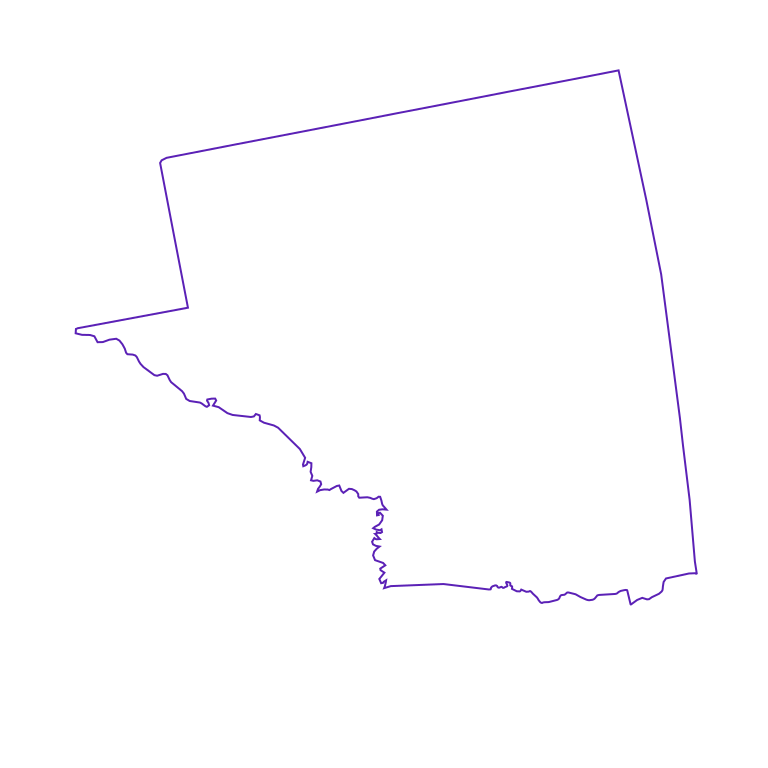 outline of Petén, rotated 349°
{"feature_id": "GTM-1944", "entity_name": "Petén", "entity_type": "Department", "adm_level": 1, "iso_a3": "GTM", "parent_name": "Guatemala", "parent_adm1": "", "projection": "mercator", "projection_center": [-90.264, 16.829], "detail": "fine", "context": "isolated", "style": "outline", "palette": "violet", "viewbox_px": 768, "rotation_deg": 349, "n_neighbors": 0, "source": "natural_earth", "source_scale": "10m", "svg_char_len": 3785}
<svg xmlns="http://www.w3.org/2000/svg" viewBox="0 0 768 768"><g transform="rotate(349 384 384)"><path d="M676.6,253.2L677.0,329.3L672.7,398.6L668.0,473.6L665.8,501.1L661.9,556.1L655.3,617.5L654.8,630.4L654.7,630.2L653.2,629.1L647.2,628.2L623.7,628.7L620.7,631.7L619.1,636.1L618.6,637.9L618.3,638.8L617.9,639.7L616.9,640.7L613.9,642.4L606.2,644.4L603.1,645.8L601.1,645.6L596.7,643.2L591.3,644.3L584.5,647.5L584.2,647.5L584.0,647.2L583.4,633.4L583.2,632.7L582.1,632.3L580.5,632.2L576.9,632.3L575.4,632.7L574.3,633.1L573.7,633.5L573.2,633.8L572.5,634.1L571.7,634.2L570.8,634.2L554.9,632.1L553.1,632.2L550.2,634.6L549.6,635.0L548.9,635.3L547.6,635.6L544.1,635.4L542.9,635.0L541.5,634.3L536.2,630.6L532.1,627.1L531.4,626.7L525.4,623.9L524.6,623.7L523.9,623.7L522.9,624.3L521.5,625.1L520.8,625.3L518.6,625.1L517.8,625.1L517.2,625.3L516.7,625.7L516.2,626.2L515.2,627.7L514.8,628.1L514.5,628.3L514.1,628.6L512.7,629.0L504.1,629.5L500.2,628.9L499.1,628.8L498.1,628.9L497.4,629.1L496.6,628.8L495.7,627.9L494.5,625.6L494.1,624.3L493.4,622.7L490.1,618.2L489.2,616.6L488.4,615.5L487.8,615.1L486.4,615.4L484.0,615.1L479.5,612.0L478.4,613.2L477.7,613.5L474.8,612.8L470.5,609.5L471.1,607.7L471.1,607.1L470.6,606.7L469.8,606.2L469.5,605.6L469.5,605.4L469.8,604.8L469.9,604.2L469.9,603.5L469.5,603.0L469.0,602.7L467.1,601.9L466.5,601.7L466.1,601.9L466.0,602.6L466.6,604.7L466.6,605.2L466.6,605.5L466.5,605.8L466.0,606.1L463.9,606.5L463.2,606.8L462.5,606.9L461.9,606.8L460.9,605.7L460.5,605.5L459.8,605.6L458.4,605.9L457.4,605.7L456.7,604.8L456.5,603.9L455.8,603.2L454.7,602.9L451.9,603.3L450.8,603.9L450.1,604.6L449.9,605.2L449.8,605.5L449.4,605.9L447.7,605.7L404.2,591.7L352.1,583.7L345.2,584.4L346.1,583.0L347.8,579.3L348.6,577.1L347.1,577.7L346.5,577.9L346.0,578.1L345.1,579.0L343.2,579.0L342.2,574.5L348.4,569.3L345.1,566.1L345.1,564.5L350.7,562.2L349.0,559.5L341.6,555.2L340.6,550.2L342.4,546.6L345.6,544.2L348.6,542.7L345.1,541.3L342.6,539.3L342.2,536.6L345.1,533.4L346.2,534.6L347.0,535.0L350.3,535.4L349.4,534.0L347.8,531.1L346.8,529.6L348.0,529.8L348.3,529.4L348.3,528.7L348.6,528.0L350.1,529.0L352.2,529.6L353.8,529.0L353.8,526.2L352.2,526.8L348.5,525.4L345.9,523.5L347.7,522.5L352.4,521.0L356.2,517.4L357.7,513.1L355.5,509.6L353.8,509.6L353.8,511.6L352.1,511.6L352.7,507.9L355.2,506.5L358.6,506.7L362.5,507.8L359.6,502.8L359.3,501.3L359.2,497.8L358.7,494.0L357.2,493.6L355.0,494.7L352.1,495.1L350.6,494.4L348.7,493.1L346.0,492.0L338.0,490.9L337.3,489.4L337.7,487.1L336.4,484.2L334.8,482.7L332.4,481.0L329.6,480.2L323.4,483.1L321.8,480.8L320.7,475.1L318.2,475.1L311.6,477.1L310.2,477.7L308.7,476.9L305.1,476.1L301.0,476.0L297.8,476.9L299.2,474.4L301.4,472.4L303.2,470.4L303.0,467.6L300.1,465.8L296.2,465.6L294.0,464.6L296.1,460.5L295.2,456.2L296.8,451.7L297.6,447.9L294.2,445.8L293.4,447.6L292.6,448.4L291.2,448.9L289.1,449.3L289.1,447.6L292.5,441.4L289.0,431.8L271.7,406.7L268.0,403.7L258.8,399.1L255.1,396.0L255.9,392.8L255.9,391.0L252.5,389.0L250.1,391.0L247.1,391.0L229.5,385.5L224.7,382.7L217.3,375.2L212.0,372.6L216.1,368.2L215.5,366.1L212.0,365.5L207.6,365.5L207.1,366.6L208.1,369.0L208.3,371.5L205.8,372.6L204.5,371.8L201.3,368.3L199.8,367.1L190.0,363.6L187.0,360.9L185.8,355.3L184.4,352.5L175.4,341.6L174.4,339.2L173.1,334.1L171.7,332.5L169.0,331.9L162.9,332.6L160.3,331.5L151.2,321.6L148.9,317.9L147.8,315.2L146.5,310.4L145.4,308.6L143.0,307.2L137.8,305.8L136.8,304.1L136.3,299.9L134.8,295.1L132.6,290.9L129.8,288.5L122.9,288.1L116.0,289.2L110.8,288.3L108.8,281.9L104.8,279.8L96.9,278.1L91.0,275.4L92.1,271.2L93.3,271.0L94.0,270.8L206.1,271.7L206.2,198.0L206.4,124.3L208.4,122.0L213.7,120.5L224.7,120.5L280.9,120.5L337.1,120.6L393.3,120.7L449.4,120.7L505.6,120.8L561.8,120.8L618.0,120.9L674.1,120.9L675.2,178.9L676.6,253.2Z" fill="none" stroke="#5b21b6" stroke-width="2"/></g></svg>